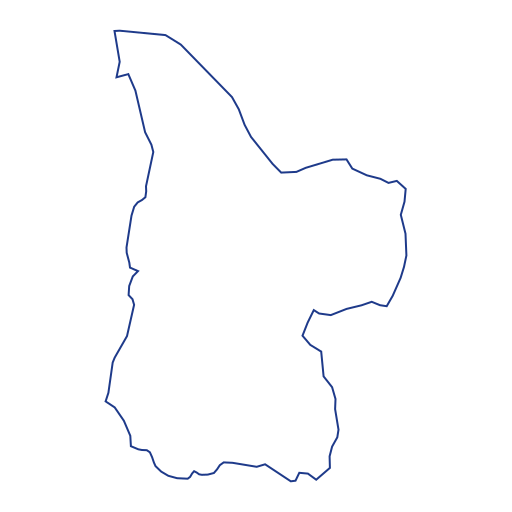 outline of Léraba
{"feature_id": "BFA-2835", "entity_name": "Léraba", "entity_type": "Province", "adm_level": 1, "iso_a3": "BFA", "parent_name": "Burkina Faso", "parent_adm1": "", "projection": "robinson", "projection_center": [-5.276, 10.67], "detail": "fine", "context": "isolated", "style": "outline", "palette": "blue", "viewbox_px": 512, "rotation_deg": 0, "n_neighbors": 0, "source": "natural_earth", "source_scale": "10m", "svg_char_len": 1462}
<svg xmlns="http://www.w3.org/2000/svg" viewBox="0 0 512 512"><path d="M187.7,478.7L177.1,478.2L168.3,475.8L161.2,471.6L155.5,466.1L153.9,462.5L152.1,457.2L149.9,452.3L146.8,450.2L141.9,450.0L138.3,449.3L130.9,446.2L130.3,435.8L123.9,420.8L114.7,407.4L105.6,401.4L108.4,392.8L112.7,362.5L114.7,357.6L127.0,336.1L134.1,304.8L132.5,299.2L128.6,295.1L129.2,286.0L132.8,276.4L138.0,271.1L130.0,267.6L129.3,262.6L126.7,252.8L126.5,247.5L131.5,215.6L134.2,206.7L137.7,202.4L142.0,200.0L145.4,197.2L146.2,191.3L146.0,186.3L153.3,152.0L151.4,144.7L145.1,132.2L135.4,90.6L128.3,74.1L116.5,77.3L119.7,61.8L114.5,31.0L119.6,30.7L165.5,35.1L180.8,44.6L232.0,97.1L238.8,109.3L244.6,124.8L251.0,136.9L272.6,163.9L281.2,172.6L296.4,171.9L305.8,167.8L332.7,159.7L346.5,159.4L352.3,168.6L366.8,175.3L380.4,178.8L388.5,182.9L396.8,180.9L405.7,188.9L404.5,201.7L400.8,214.8L405.5,233.7L406.4,255.5L404.0,266.9L400.6,277.9L392.7,295.8L386.7,306.2L380.0,305.2L371.7,301.8L361.5,305.3L346.6,308.9L330.8,315.1L319.1,313.5L313.8,310.1L307.7,322.5L302.5,335.7L310.3,344.9L321.2,351.6L323.6,376.4L332.1,387.2L335.5,399.0L335.1,409.1L338.5,429.7L337.3,437.3L332.1,446.6L329.6,456.3L329.9,467.9L316.2,479.7L307.9,473.6L299.3,472.8L295.5,480.7L290.8,481.3L265.1,464.3L256.7,466.8L232.5,462.8L223.7,462.4L219.8,465.2L217.1,469.3L213.9,473.0L207.8,474.6L201.8,474.8L199.1,474.3L196.8,472.6L194.1,471.2L192.1,473.5L190.1,476.9L187.7,478.7Z" fill="none" stroke="#1e3a8a" stroke-width="2"/></svg>